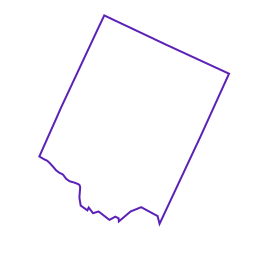 Whiteside, Illinois, United States of America, rotated 295°
{"feature_id": "52423323B38843546527060", "entity_name": "Whiteside", "entity_type": "district", "adm_level": 2, "iso_a3": "USA", "parent_name": "United States of America", "parent_adm1": "Illinois", "projection": "orthographic", "projection_center": [-90.084, 41.758], "detail": "fine", "context": "isolated", "style": "outline", "palette": "violet", "viewbox_px": 256, "rotation_deg": 295, "n_neighbors": 0, "source": "geoboundaries", "source_scale": "gbopen_adm2", "svg_char_len": 650}
<svg xmlns="http://www.w3.org/2000/svg" viewBox="0 0 256 256"><g transform="rotate(295 128 128)"><path d="M219.9,70.2L220.0,58.9L203.2,58.8L116.2,58.7L113.4,58.8L104.6,59.0L90.9,59.2L64.7,59.7L64.2,65.0L64.2,68.6L63.1,72.0L60.7,77.7L59.3,80.6L58.4,84.7L58.4,88.2L57.8,89.7L55.9,93.3L55.7,93.9L55.2,96.6L55.1,97.9L55.8,102.1L56.1,106.3L56.0,107.4L55.7,108.3L53.9,109.8L45.3,113.0L43.7,113.8L37.7,117.9L36.2,126.0L39.3,126.0L36.0,132.3L39.9,136.6L36.9,150.0L42.3,154.0L42.2,157.6L39.5,159.2L53.4,165.6L61.8,173.4L60.7,192.0L54.5,197.1L151.0,197.3L219.9,196.6L219.6,127.5L219.8,93.4L219.9,70.2Z" fill="none" stroke="#5b21b6" stroke-width="2"/></g></svg>